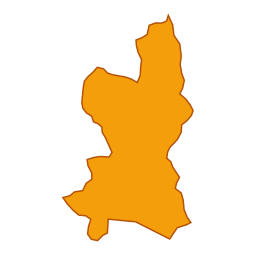 Bom Jesus, Santa Catarina, Brazil (Robinson projection)
{"feature_id": "56859067B25903908372019", "entity_name": "Bom Jesus", "entity_type": "district", "adm_level": 2, "iso_a3": "BRA", "parent_name": "Brazil", "parent_adm1": "Santa Catarina", "projection": "robinson", "projection_center": [-52.392, -26.732], "detail": "fine", "context": "isolated", "style": "filled", "palette": "amber", "viewbox_px": 256, "rotation_deg": 0, "n_neighbors": 0, "source": "geoboundaries", "source_scale": "gbopen_adm2", "svg_char_len": 1251}
<svg xmlns="http://www.w3.org/2000/svg" viewBox="0 0 256 256"><path d="M136.0,40.1L136.5,46.1L138.2,52.6L141.6,59.6L140.7,66.9L140.2,75.4L137.3,82.5L130.9,78.9L124.9,76.9L118.4,75.8L112.5,74.7L107.5,73.0L103.6,68.9L97.3,67.3L92.9,72.3L87.8,76.9L84.4,81.2L83.2,87.9L82.5,95.5L81.8,102.7L82.9,108.3L86.4,112.9L91.7,116.3L93.6,121.9L98.4,123.9L101.8,127.1L102.3,132.5L105.5,137.8L108.6,144.9L112.0,152.3L109.2,157.0L99.9,156.5L93.4,157.6L87.1,159.6L88.0,165.7L91.7,172.9L91.9,179.2L86.1,183.4L82.7,190.6L74.5,191.9L69.9,195.7L62.9,197.6L67.3,203.9L73.0,210.2L78.9,215.1L85.9,215.8L90.8,219.4L88.5,226.5L87.6,234.1L91.4,239.3L97.6,240.6L102.9,235.3L107.4,233.0L108.2,219.2L135.6,221.8L169.7,239.0L173.4,233.4L177.3,227.7L186.9,224.6L190.9,222.5L187.2,217.4L184.0,209.3L183.2,200.1L181.2,193.0L175.3,188.5L176.6,182.9L179.5,177.3L175.8,171.8L172.7,167.0L170.8,161.7L166.8,158.3L167.6,152.1L170.0,147.2L173.9,143.2L177.5,139.3L181.2,132.2L181.7,124.8L186.8,120.8L191.4,115.5L193.1,110.6L190.2,104.9L185.7,99.0L179.8,93.9L182.6,88.2L184.3,80.3L181.7,73.4L180.2,64.7L181.2,55.9L179.8,44.1L173.9,35.2L172.7,25.1L168.3,15.4L166.6,21.0L161.7,23.1L155.5,23.0L149.2,25.3L147.2,34.4L142.2,37.6L136.0,40.1Z" fill="#f59e0b" stroke="#b45309" stroke-width="1.5"/></svg>